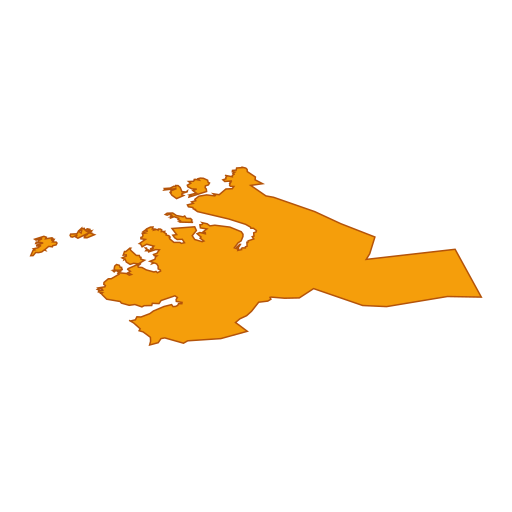 Roan nor, Sør-Trøndelag, Norway
{"feature_id": "86288312B70767973443782", "entity_name": "Roan nor", "entity_type": "district", "adm_level": 2, "iso_a3": "NOR", "parent_name": "Norway", "parent_adm1": "Sør-Trøndelag", "projection": "robinson", "projection_center": [10.233, 64.168], "detail": "fine", "context": "isolated", "style": "filled", "palette": "amber", "viewbox_px": 512, "rotation_deg": 0, "n_neighbors": 0, "source": "geoboundaries", "source_scale": "gbopen_adm2", "svg_char_len": 6049}
<svg xmlns="http://www.w3.org/2000/svg" viewBox="0 0 512 512"><path d="M262.6,183.7L255.1,179.8L255.4,177.0L247.3,171.6L247.1,169.4L245.8,168.1L241.4,167.0L242.1,167.6L236.6,168.0L236.2,170.1L232.5,170.4L232.3,171.8L234.8,172.2L233.0,173.5L234.0,174.3L232.3,175.4L232.4,176.8L225.0,175.3L227.0,176.1L225.8,177.5L225.9,178.8L222.9,179.8L224.8,181.5L231.9,180.9L229.9,181.8L230.7,182.6L229.1,183.8L230.1,183.6L229.6,185.3L230.4,186.3L233.8,186.5L232.3,188.7L225.9,189.0L219.2,194.7L213.3,193.8L215.3,195.5L214.8,195.9L206.6,194.9L198.9,196.2L194.9,199.3L195.7,200.7L191.5,201.9L193.3,203.4L187.4,204.9L188.4,206.8L192.9,207.5L193.2,208.8L196.1,209.7L195.1,209.9L197.5,211.6L228.8,219.0L245.5,224.3L250.5,227.1L250.8,228.2L253.5,228.3L256.4,230.5L256.1,231.9L253.7,232.8L253.9,235.7L254.6,235.8L252.2,236.7L253.8,238.9L248.1,240.9L247.9,242.3L246.9,242.3L247.1,246.2L245.4,246.8L245.4,247.9L242.3,247.9L241.3,248.5L241.6,249.6L237.9,250.4L238.2,249.6L237.2,249.8L238.6,248.8L238.1,248.0L240.4,244.4L239.8,244.3L236.8,247.2L236.6,248.6L234.3,247.8L238.1,242.8L241.1,240.9L242.9,236.6L243.0,234.2L241.2,231.7L229.9,227.1L214.8,225.2L209.9,225.9L207.2,223.8L202.2,222.7L202.9,223.4L201.9,224.6L199.9,224.8L200.4,227.9L206.9,228.9L203.1,231.9L205.3,232.7L205.4,233.8L199.8,232.5L197.1,233.7L201.0,237.0L200.1,238.2L203.9,241.0L202.1,241.7L194.7,239.5L192.2,235.7L196.4,230.5L194.7,226.8L172.0,228.5L176.7,234.6L172.8,235.2L174.7,237.8L177.2,239.5L182.3,239.3L184.5,242.7L181.3,243.4L179.8,242.4L173.9,242.4L170.0,239.1L169.3,237.7L170.1,237.1L168.8,235.7L166.1,235.0L166.2,233.7L164.1,232.4L164.7,231.4L161.3,231.6L161.8,230.0L160.5,229.1L158.6,229.0L158.1,230.2L157.0,229.4L153.8,230.1L154.6,229.0L152.3,229.0L153.0,227.0L150.4,227.1L146.6,228.9L147.1,231.2L146.1,231.2L145.8,229.7L142.8,232.0L145.4,233.0L142.3,233.6L143.0,235.2L142.4,236.9L140.9,237.4L140.9,238.8L145.4,239.4L139.4,243.6L140.5,243.9L142.1,246.8L146.7,244.2L153.9,246.1L152.7,247.1L153.3,248.2L152.2,249.4L151.1,249.1L151.7,248.3L150.8,248.6L151.8,250.4L149.4,250.4L146.9,249.3L146.5,248.0L145.4,248.0L146.8,249.4L145.8,250.7L148.2,250.6L148.6,251.9L155.7,249.6L159.4,249.8L156.9,253.3L153.5,254.5L154.3,255.7L156.9,255.9L155.5,257.0L154.9,259.3L149.9,261.3L152.9,262.4L152.0,263.7L154.1,262.9L156.6,263.8L158.1,266.0L158.2,268.9L160.4,270.0L160.6,271.1L157.4,272.7L156.0,271.4L154.0,272.0L146.3,269.9L142.0,267.5L138.3,267.2L137.9,265.9L140.2,264.1L139.5,263.2L144.6,260.2L140.9,259.2L141.0,257.4L140.0,257.2L139.3,255.5L136.3,255.4L130.9,250.5L130.0,248.9L130.7,248.2L129.9,248.1L125.8,251.6L124.5,251.5L123.2,255.2L126.2,254.8L126.3,256.1L122.1,257.9L124.5,259.1L124.2,259.7L125.2,259.2L126.3,262.0L130.1,264.4L133.5,263.3L139.0,263.9L128.1,268.6L127.7,269.4L130.4,271.3L128.0,272.7L131.4,274.5L129.3,275.2L126.5,273.5L119.4,272.8L118.9,272.0L120.4,271.2L119.4,271.0L120.0,270.2L122.8,269.3L121.7,269.2L121.6,267.4L120.2,267.3L119.3,265.3L116.5,264.5L114.7,266.1L114.2,268.6L114.8,269.8L113.0,270.3L114.5,270.8L113.5,271.3L114.2,271.9L116.1,270.2L119.6,270.2L117.4,271.4L119.3,272.9L118.0,273.5L118.9,274.3L111.3,278.7L108.3,278.8L104.0,282.4L103.8,284.4L105.4,285.5L104.9,286.8L98.8,287.8L102.3,289.1L102.8,290.3L99.8,290.3L98.1,288.7L97.2,289.3L99.2,290.2L98.4,291.9L101.9,292.5L99.8,293.3L102.0,293.5L101.9,294.4L106.7,299.2L120.1,301.5L121.4,303.1L129.2,305.3L134.9,304.5L141.9,306.9L144.1,305.7L151.7,305.5L152.3,303.3L159.0,303.6L161.1,300.5L174.9,295.8L177.4,297.5L176.1,299.5L176.3,301.4L182.0,302.4L181.5,303.3L182.5,303.7L178.5,303.7L177.7,305.4L175.7,306.4L173.0,306.6L171.6,304.6L164.0,306.5L153.4,311.0L149.9,313.6L141.0,317.0L136.9,316.8L135.4,319.8L130.4,321.0L129.1,320.3L133.6,322.9L140.2,328.8L139.1,330.7L143.1,331.9L150.4,337.3L150.6,341.3L149.6,345.0L158.2,342.7L161.0,338.6L164.8,337.9L183.5,343.2L187.7,340.8L220.8,338.6L247.3,331.3L235.5,322.5L239.9,318.8L246.6,315.7L251.5,311.3L258.7,302.2L267.8,301.1L270.9,299.2L270.0,297.4L271.3,297.1L284.5,298.2L299.3,297.9L313.6,288.6L362.7,305.5L386.6,306.6L447.4,296.5L481.3,297.1L455.1,249.3L366.2,259.4L369.7,253.8L374.9,237.0L340.8,223.7L314.7,211.6L273.6,197.3L265.9,195.9L250.7,185.4L262.6,183.7ZM207.6,180.2L203.4,178.3L200.3,178.1L198.0,178.7L199.2,180.1L195.1,179.3L193.6,179.6L194.9,179.8L193.3,181.3L188.6,181.5L190.7,183.3L187.3,185.2L187.9,186.8L191.9,188.9L196.7,189.1L192.9,190.6L196.3,193.1L189.6,194.9L191.7,195.6L189.4,195.9L189.0,197.1L206.6,191.5L206.3,189.0L205.1,187.7L205.4,185.9L208.4,184.9L209.5,183.0L208.1,182.3L207.6,180.2ZM46.3,237.2L43.9,236.3L34.7,239.2L36.1,240.1L41.5,237.9L41.5,239.1L38.4,240.6L38.7,242.2L36.3,242.1L35.8,243.3L40.0,242.4L43.1,243.0L36.6,245.1L36.9,246.1L41.0,245.5L37.9,247.8L33.4,248.8L34.8,249.9L33.1,250.3L30.7,255.7L33.1,255.6L35.7,252.5L38.7,252.6L41.8,251.9L44.2,250.0L45.5,250.4L44.9,249.6L48.7,246.4L52.4,246.8L52.7,245.7L56.1,244.9L57.0,243.1L56.2,242.1L52.5,241.9L53.7,240.2L51.2,240.3L53.3,239.2L51.9,239.0L52.6,238.2L52.0,237.8L45.5,238.8L46.3,237.2ZM178.1,185.6L175.7,185.5L175.7,186.8L174.0,186.2L170.2,188.1L164.5,188.5L165.0,189.0L164.1,190.0L176.5,188.6L170.8,190.9L171.1,192.2L170.1,192.4L171.9,195.2L176.6,198.6L183.7,195.5L181.8,194.7L182.0,193.5L187.2,191.8L187.4,190.9L186.0,192.0L181.9,191.6L180.2,187.5L178.1,185.6ZM81.8,228.0L79.3,230.3L81.7,230.5L81.1,233.0L78.5,231.1L76.9,233.8L70.6,234.1L70.1,235.4L70.9,236.8L72.5,237.1L77.3,235.1L75.6,236.9L77.9,238.2L86.5,234.0L87.1,234.6L85.1,235.4L85.5,236.0L84.4,236.6L84.3,237.7L87.0,237.8L94.5,234.7L89.9,232.9L87.8,233.5L88.5,232.3L91.2,231.8L90.6,231.4L91.3,230.8L87.2,231.6L85.7,230.9L88.9,231.0L88.3,230.0L89.9,230.2L90.0,229.4L87.3,228.8L85.2,230.1L83.6,228.8L84.9,228.2L81.9,228.8L81.8,228.0ZM172.7,213.0L167.1,213.2L165.3,214.5L167.2,215.2L171.0,213.6L169.7,214.6L171.4,214.9L170.9,216.0L173.0,216.0L170.5,217.0L171.3,217.1L170.9,217.9L174.2,216.7L178.7,218.4L178.0,219.6L180.5,220.8L180.9,221.6L179.4,221.8L180.0,222.1L193.0,222.4L191.3,221.6L192.0,220.0L190.6,218.5L186.4,218.4L184.7,216.0L183.1,216.8L176.4,215.5L172.7,213.0Z" fill="#f59e0b" stroke="#b45309" stroke-width="1.5"/></svg>